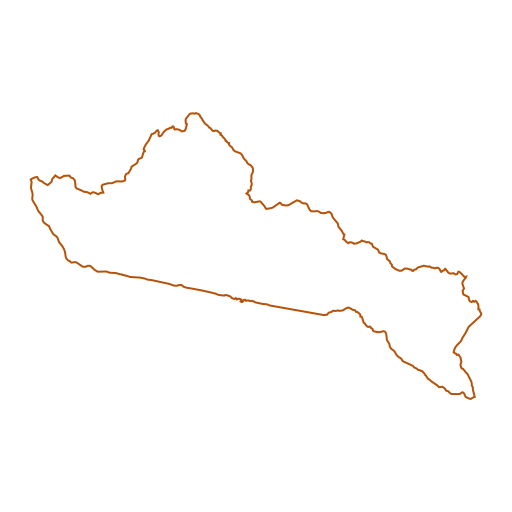 Guamal, Meta, Colombia
{"feature_id": "7082276B65366960743298", "entity_name": "Guamal", "entity_type": "district", "adm_level": 2, "iso_a3": "COL", "parent_name": "Colombia", "parent_adm1": "Meta", "projection": "robinson", "projection_center": [-73.928, 3.941], "detail": "fine", "context": "isolated", "style": "outline", "palette": "amber", "viewbox_px": 512, "rotation_deg": 0, "n_neighbors": 0, "source": "geoboundaries", "source_scale": "gbopen_adm2", "svg_char_len": 6042}
<svg xmlns="http://www.w3.org/2000/svg" viewBox="0 0 512 512"><path d="M82.1,190.7L76.4,188.3L75.9,187.5L75.4,186.1L75.3,183.6L74.8,180.4L73.2,178.4L70.6,177.3L69.4,175.6L64.0,175.9L60.7,177.8L59.7,177.9L57.8,177.3L55.4,175.4L52.3,179.0L51.5,181.8L47.7,185.1L44.2,183.2L42.0,181.4L40.1,180.7L38.8,179.8L37.1,177.0L34.1,177.6L30.7,179.5L31.6,181.9L31.0,187.4L31.3,189.3L32.5,193.3L32.6,195.4L32.2,198.9L32.6,200.4L36.2,206.3L38.3,211.0L42.7,216.5L42.7,220.0L43.0,221.3L44.0,222.6L46.0,224.2L49.1,226.2L49.9,228.4L52.9,233.6L53.6,234.4L56.6,236.6L57.5,237.8L59.1,242.2L62.4,246.3L64.1,249.4L65.0,252.0L65.7,256.7L66.5,258.8L67.9,260.3L70.0,261.3L70.9,262.4L71.7,262.6L74.9,262.1L76.6,262.5L82.3,266.4L83.5,266.8L85.5,266.8L87.8,265.8L89.8,265.8L91.3,266.7L94.5,269.8L97.7,271.7L105.8,271.5L107.4,271.8L109.1,272.6L116.1,273.1L120.2,274.3L121.9,274.4L122.6,275.0L124.4,275.2L130.3,277.0L140.3,277.6L145.3,278.7L147.5,279.6L151.7,280.1L169.3,283.9L173.6,285.5L176.7,285.8L178.3,285.2L181.6,285.0L183.5,286.7L185.7,287.5L199.6,290.0L210.2,292.3L215.8,293.7L217.9,294.7L222.1,295.4L223.9,295.5L224.4,295.2L224.9,295.5L226.2,295.0L230.3,296.4L231.8,298.0L234.2,299.0L235.8,298.1L236.6,299.4L238.7,298.7L240.9,299.3L241.1,299.9L240.5,301.4L241.5,302.0L242.6,301.9L243.0,301.4L242.8,300.8L243.1,300.2L243.8,299.9L245.4,299.9L245.5,300.6L245.9,300.7L248.8,300.5L249.7,301.0L252.0,300.9L254.0,301.5L255.0,302.3L262.3,303.9L266.9,304.3L269.5,305.4L324.0,315.1L327.0,314.7L328.7,312.7L331.2,312.0L333.2,310.7L335.7,311.0L337.9,310.4L339.3,310.9L342.8,310.4L346.3,308.2L348.5,307.5L351.1,308.7L352.3,309.7L354.6,310.2L355.3,310.6L356.0,311.9L357.1,311.9L358.7,313.0L360.2,314.5L360.4,316.6L361.6,316.7L362.5,318.7L363.7,322.8L364.7,323.3L366.0,325.4L367.5,326.7L368.4,327.0L369.6,326.5L370.4,326.8L370.8,327.8L372.5,328.9L373.2,330.9L373.7,331.2L376.7,332.0L377.5,331.8L378.7,332.3L383.7,331.2L384.8,331.6L385.6,332.5L386.3,334.4L386.9,339.9L389.4,344.1L389.8,346.7L391.3,348.9L394.2,351.0L397.0,355.6L398.9,357.2L401.0,358.4L402.5,360.8L403.6,361.6L412.8,365.8L414.3,367.5L416.4,368.4L418.4,370.0L420.0,370.2L421.0,370.9L422.5,371.3L423.2,372.5L424.1,373.1L425.0,374.8L426.1,375.8L427.8,378.7L428.4,378.8L431.8,381.7L437.2,385.3L438.8,387.0L439.8,387.2L442.2,386.7L442.7,387.0L445.0,388.7L446.0,390.6L448.1,391.2L450.0,393.1L451.5,394.0L459.2,394.1L460.7,393.4L461.8,392.5L462.7,392.3L464.0,393.3L465.7,397.0L469.8,398.8L470.9,398.9L473.9,397.0L474.7,396.9L472.9,389.7L472.8,387.2L471.9,385.6L471.7,383.0L471.2,381.3L467.4,373.8L465.9,372.5L463.3,369.2L462.8,368.7L462.1,368.7L461.2,367.7L460.4,364.6L461.4,361.9L460.5,357.5L458.4,354.6L456.8,354.9L456.1,353.7L454.7,353.2L453.6,352.2L454.9,348.0L456.7,345.5L460.3,341.9L461.3,340.5L462.3,338.1L465.3,333.5L468.7,326.8L480.1,316.3L481.3,314.3L481.2,313.4L479.7,310.9L479.6,309.6L478.4,309.4L478.2,308.9L478.6,307.3L478.1,304.1L476.8,302.4L476.4,301.3L475.5,300.9L474.2,301.8L473.0,300.9L471.8,302.0L470.3,301.6L469.6,300.9L468.9,299.4L468.8,297.7L468.5,297.0L463.3,294.4L462.6,290.8L464.0,288.5L462.4,283.7L462.4,282.7L463.4,280.6L465.6,277.9L466.1,276.7L464.9,277.1L464.4,276.9L461.3,273.5L459.0,271.7L458.2,271.9L457.1,274.2L455.3,274.4L453.5,273.2L450.6,273.6L449.5,273.4L448.3,272.6L445.3,268.8L445.0,268.9L444.2,270.3L442.7,270.7L441.4,271.9L441.0,271.8L439.4,268.8L438.1,267.9L436.6,267.7L434.9,268.4L433.5,267.8L431.4,267.6L429.6,266.4L428.1,266.7L423.8,265.7L417.7,267.6L416.1,269.3L414.5,269.6L413.2,270.9L412.4,270.9L411.5,269.7L409.5,269.4L408.5,268.8L404.8,268.5L401.8,270.6L399.5,270.8L395.7,269.2L392.0,266.4L391.8,264.6L390.2,262.8L389.9,261.4L386.9,258.8L386.7,257.0L385.8,254.7L384.1,253.9L380.9,253.4L379.2,252.5L378.0,249.7L373.1,246.8L371.8,243.7L370.6,243.5L369.3,242.3L367.6,242.1L366.3,242.4L365.3,241.6L362.9,241.1L361.9,240.5L360.4,241.7L356.8,243.3L354.7,243.7L353.7,243.7L353.2,243.1L351.6,242.4L349.4,242.3L348.5,243.2L347.0,242.4L344.5,239.8L343.2,239.2L344.4,234.5L343.3,233.8L341.7,230.8L338.5,226.8L337.8,223.5L333.8,218.7L332.5,216.8L331.6,213.9L330.0,212.3L328.5,211.8L325.5,213.0L323.3,213.2L320.7,212.9L319.0,211.6L317.4,211.1L313.5,211.4L311.1,211.2L309.5,209.5L306.9,204.1L305.5,203.4L303.4,203.4L301.3,202.5L300.1,201.3L296.9,200.3L288.6,205.1L287.7,205.3L285.9,205.5L282.0,204.8L280.2,202.8L279.7,202.7L272.9,207.5L271.2,208.1L266.5,208.9L265.9,208.7L264.4,206.1L260.4,201.5L259.1,201.4L254.2,202.4L252.1,201.8L252.1,201.0L251.8,200.4L249.9,198.8L249.7,196.9L249.1,195.3L246.5,193.5L248.0,192.3L248.4,190.4L249.9,190.6L250.8,189.4L250.8,187.1L251.7,184.7L251.7,183.0L250.9,180.9L251.4,179.4L251.4,175.3L252.7,172.4L253.1,170.8L252.7,167.7L250.7,165.2L249.4,164.7L247.4,163.2L246.5,161.3L243.5,158.1L242.7,156.0L241.1,153.8L240.4,153.3L235.0,151.3L233.4,149.9L231.9,147.2L230.4,146.2L229.0,144.5L229.1,143.0L228.0,142.8L226.9,141.9L226.4,140.9L225.6,140.8L225.3,139.8L223.8,137.8L222.9,137.2L222.5,136.3L221.3,134.9L220.5,134.8L220.8,133.3L219.9,133.1L217.2,130.8L215.7,130.5L214.1,131.1L212.6,130.8L210.3,128.0L209.2,127.6L208.2,126.1L204.7,123.3L203.0,120.6L202.4,120.0L202.3,119.3L200.1,116.4L199.7,115.0L198.5,114.1L195.9,113.1L194.6,113.7L192.9,113.3L190.4,113.6L189.2,114.5L185.7,119.1L185.6,121.3L185.9,123.5L186.9,124.1L185.8,128.7L184.6,130.9L181.7,131.4L179.5,129.8L176.7,129.2L174.6,129.5L173.5,126.6L172.9,126.3L172.3,126.6L171.6,127.8L169.8,127.9L168.6,128.8L166.8,129.3L165.6,130.1L163.5,132.2L161.7,135.0L160.6,136.0L159.3,136.3L158.7,135.7L158.5,134.0L158.8,132.2L157.7,130.2L156.5,130.9L155.3,132.5L153.1,133.8L151.7,134.1L148.8,140.5L145.8,144.5L143.9,148.3L143.7,149.5L144.7,150.5L144.9,151.2L143.8,151.8L143.4,152.7L141.9,157.6L138.4,159.2L137.8,160.5L137.7,161.8L136.5,163.5L131.6,166.6L130.8,169.2L128.3,173.3L126.9,173.6L125.9,174.3L124.9,176.9L125.3,179.3L125.0,180.5L122.0,181.5L116.3,181.3L112.1,183.2L108.4,183.2L102.8,184.7L102.0,185.4L101.6,186.4L102.3,189.9L103.3,192.7L100.5,192.8L98.5,194.1L97.7,194.1L95.7,193.0L93.2,192.2L92.4,192.4L90.5,193.8L87.3,192.2L83.4,191.6L82.1,190.7Z" fill="none" stroke="#b45309" stroke-width="2"/></svg>